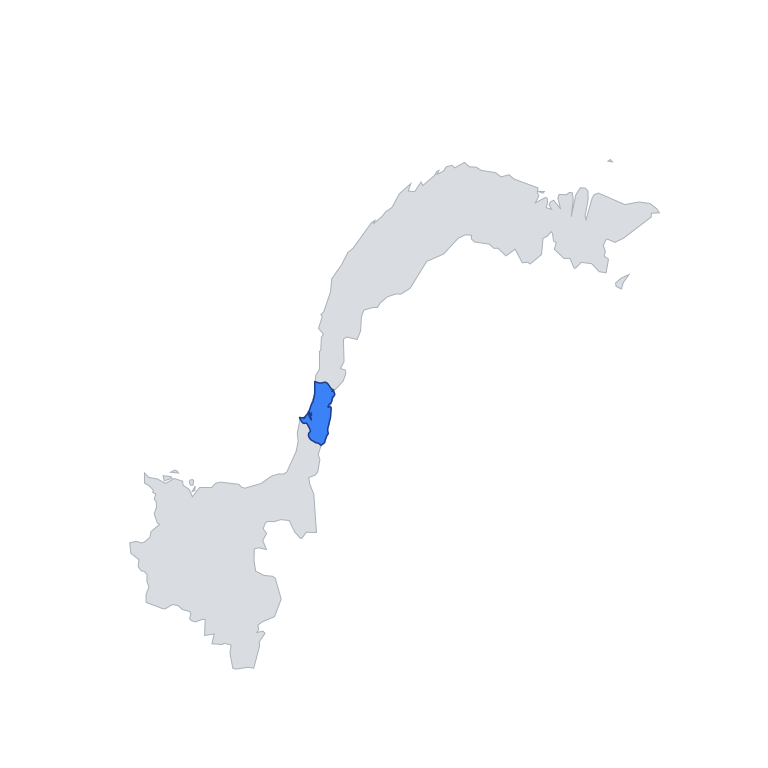 Quảng Bình on a map of Vietnam (Robinson projection), rotated 231°
{"feature_id": "VNM-476", "entity_name": "Quảng Bình", "entity_type": "Province", "adm_level": 1, "iso_a3": "VNM", "parent_name": "Vietnam", "parent_adm1": "", "projection": "robinson", "projection_center": [106.309, 17.511], "detail": "fine", "context": "in_parent", "style": "filled", "palette": "blue", "viewbox_px": 768, "rotation_deg": 231, "n_neighbors": 0, "source": "natural_earth", "source_scale": "10m", "svg_char_len": 5714}
<svg xmlns="http://www.w3.org/2000/svg" viewBox="0 0 768 768"><g transform="rotate(231 384 384)"><path d="M465.7,141.9L459.5,142.4L453.0,148.0L444.4,151.6L442.4,161.7L435.2,166.3L431.8,164.1L424.7,166.3L417.0,164.1L419.6,175.7L412.0,184.8L412.8,190.6L410.7,195.1L397.4,208.1L393.5,208.3L390.5,210.4L384.1,225.8L383.2,238.6L380.3,245.8L377.4,248.9L376.7,252.9L386.8,273.2L393.6,281.3L400.2,285.5L410.1,297.4L408.5,300.6L409.3,307.3L404.6,305.4L405.2,306.1L410.7,309.8L419.1,322.7L433.7,336.3L436.0,343.2L450.1,354.4L449.8,355.9L459.8,364.8L460.9,368.4L468.4,368.0L475.3,378.5L477.5,378.5L478.2,382.9L489.4,400.6L498.7,409.6L503.3,426.0L508.9,438.5L509.0,445.6L517.3,476.0L516.8,480.0L515.2,476.1L515.4,487.7L516.8,493.8L516.2,501.3L522.1,515.4L522.9,530.9L518.7,524.3L514.2,528.9L517.6,540.0L513.8,539.0L514.2,553.9L515.9,559.1L515.4,561.1L513.6,557.2L512.0,564.2L513.6,569.1L511.1,574.5L507.5,574.9L505.5,586.1L499.1,587.0L494.5,592.1L488.8,594.0L478.1,603.7L471.3,605.3L467.8,613.0L461.8,613.9L439.4,627.1L436.8,623.9L432.7,622.7L429.6,615.6L427.3,627.0L425.6,627.7L422.2,625.5L418.9,621.1L414.2,624.2L419.4,625.1L420.8,628.0L420.0,631.5L408.8,631.4L419.0,636.0L421.1,639.4L416.3,644.8L416.2,648.8L413.8,650.6L408.2,647.1L396.2,634.8L410.4,652.3L412.9,660.1L409.6,663.7L405.5,663.9L398.8,658.6L388.1,646.1L384.5,644.4L397.1,662.2L398.9,666.2L397.4,670.8L371.8,684.1L364.9,696.8L356.9,704.3L348.4,706.3L343.7,705.7L348.5,699.2L345.6,696.8L346.6,661.7L348.8,652.5L356.1,648.8L356.2,646.9L353.6,641.5L347.7,639.5L345.0,635.6L339.7,637.0L330.6,626.5L335.9,621.9L346.9,621.1L354.4,613.8L353.5,605.7L354.4,604.7L364.7,607.6L368.2,602.9L381.6,601.2L385.3,606.8L388.6,605.8L394.8,609.6L397.3,609.8L396.0,604.2L397.1,599.2L385.5,587.9L385.3,573.1L388.2,572.3L391.2,567.7L406.3,570.8L406.8,559.4L417.8,558.0L420.3,554.8L426.6,553.7L437.4,543.8L441.9,543.2L444.4,545.7L448.7,541.2L450.6,533.5L447.5,512.1L452.4,494.3L441.9,464.3L443.2,453.7L446.4,450.1L449.7,441.4L449.3,431.7L447.6,427.0L450.4,423.6L454.1,415.0L450.7,409.0L439.9,399.1L435.5,391.1L444.1,384.5L444.3,380.6L426.5,367.0L423.5,359.9L419.2,362.7L416.1,360.9L411.9,354.0L410.2,340.8L407.3,338.7L401.3,329.3L391.3,320.6L379.3,306.5L376.9,302.3L375.4,295.8L370.5,288.4L365.8,286.8L357.5,277.4L356.4,273.4L358.7,266.7L352.9,263.3L342.4,260.0L311.1,238.1L317.7,230.3L315.8,223.2L316.5,221.9L325.1,221.5L337.6,224.4L343.5,218.5L346.2,211.9L350.5,207.0L350.6,204.1L347.5,198.9L341.8,198.8L338.8,191.4L329.3,188.5L335.6,183.5L337.5,179.5L328.7,171.9L319.3,166.5L311.0,170.1L304.7,176.4L301.6,177.3L281.6,168.8L272.1,152.5L275.9,139.2L275.9,134.3L272.0,132.0L270.9,128.8L268.0,134.5L265.1,134.6L262.1,124.6L258.6,122.3L245.1,103.9L249.3,100.1L255.7,89.5L258.1,87.6L271.6,94.8L277.3,100.8L283.2,96.7L283.2,94.5L290.4,86.8L296.6,94.7L301.5,86.3L313.5,96.8L315.4,94.8L317.8,87.6L321.2,85.5L323.8,85.1L327.0,89.3L329.8,89.7L335.7,85.3L341.7,84.5L345.8,80.6L347.0,72.4L348.4,70.8L363.9,61.7L370.1,66.5L374.2,73.6L379.6,75.4L385.3,80.1L389.8,79.5L391.2,77.8L396.8,78.0L401.7,83.0L411.6,80.7L420.6,86.4L417.6,92.6L413.1,95.4L411.9,98.5L412.1,105.5L415.9,109.9L416.2,121.3L418.7,120.4L427.8,123.7L431.2,129.4L435.7,132.8L439.2,133.0L442.2,137.5L445.3,136.0L446.7,138.0L453.1,137.3L457.6,135.5L465.7,141.9ZM316.7,627.4L317.1,634.6L314.9,643.2L312.3,633.9L308.4,628.3L313.7,625.8L316.7,627.4ZM451.7,154.6L446.3,160.1L444.2,160.0L447.0,152.3L451.7,154.6ZM430.2,175.1L428.6,175.3L425.6,171.8L427.2,169.9L430.6,171.2L431.4,172.8L430.2,175.1ZM448.7,167.3L446.6,168.4L444.1,168.3L449.8,162.6L448.7,167.3ZM421.2,167.2L423.5,173.0L420.2,170.0L421.2,167.2ZM436.8,625.0L432.6,629.8L432.3,627.5L436.8,625.0ZM416.0,701.2L412.8,701.2L416.3,698.3L416.0,701.2Z" fill="#d9dde1" stroke="#a8b0b8" stroke-width="1"/><path d="M388.5,317.1L387.7,316.2L385.2,312.7L384.2,311.6L383.0,310.7L381.0,309.8L380.5,309.4L380.2,308.7L379.7,307.0L379.4,306.3L378.5,305.0L377.5,303.0L376.1,301.5L375.7,300.0L376.1,296.7L376.0,296.4L377.1,296.2L379.0,295.9L380.1,295.1L381.1,294.1L381.8,293.8L384.3,293.0L385.8,292.3L387.0,292.1L388.3,292.0L390.6,292.4L391.5,292.9L392.2,293.4L392.7,294.0L393.1,294.7L393.3,295.3L393.4,295.9L393.3,296.3L393.3,296.7L393.5,297.0L394.0,297.4L396.4,298.2L400.5,299.0L401.7,299.1L402.5,298.9L402.9,298.4L403.3,297.7L403.7,297.1L404.4,296.5L405.8,296.3L408.8,296.6L410.5,297.0L410.8,297.0L411.0,297.3L411.0,297.6L410.2,298.1L409.5,298.8L409.1,299.3L408.8,299.9L408.4,300.3L407.7,300.2L407.7,300.6L408.1,300.7L408.2,301.0L408.2,301.4L407.9,301.8L408.3,302.6L408.6,303.9L409.0,306.1L409.1,306.6L409.9,307.4L410.0,307.7L409.7,308.1L409.3,308.0L408.1,307.5L407.6,306.5L407.3,306.2L406.7,306.1L405.3,305.3L402.7,305.1L402.2,304.8L401.9,305.0L402.5,305.5L403.4,305.9L404.3,306.1L405.6,306.3L407.4,306.8L407.4,307.2L407.1,307.2L406.4,306.8L405.6,307.4L405.5,308.2L406.6,308.9L406.4,308.4L406.3,308.2L406.1,308.1L407.0,307.6L408.2,307.8L409.4,308.4L410.3,308.9L410.7,309.5L411.6,311.4L412.6,312.6L414.5,316.1L414.9,317.5L415.2,318.2L415.4,318.3L416.1,319.0L416.3,319.2L416.8,320.0L420.1,324.1L427.1,329.8L429.4,331.7L429.2,331.9L425.4,334.4L424.7,335.3L423.7,336.8L423.2,338.1L422.7,339.0L422.2,339.7L421.0,340.2L419.6,340.5L413.5,340.0L412.3,340.5L411.4,340.9L411.4,340.0L411.0,339.2L410.0,340.3L409.1,340.0L408.4,339.9L407.7,339.6L407.1,339.3L406.7,339.0L406.7,338.9L406.6,338.5L406.4,338.1L405.8,336.7L406.1,336.0L406.1,335.8L405.7,335.0L403.9,333.2L402.7,331.1L402.5,330.4L402.5,329.9L402.9,329.3L402.9,328.8L402.8,328.6L402.2,328.0L402.0,327.7L401.9,327.2L402.0,326.7L401.9,326.3L401.4,326.1L401.0,326.1L400.8,326.4L400.7,326.8L400.5,327.1L400.0,327.8L399.5,328.1L399.0,328.0L398.1,327.5L391.8,321.5L388.5,317.1L388.5,317.1Z" fill="#3b82f6" stroke="#1e3a8a" stroke-width="1.5"/></g></svg>